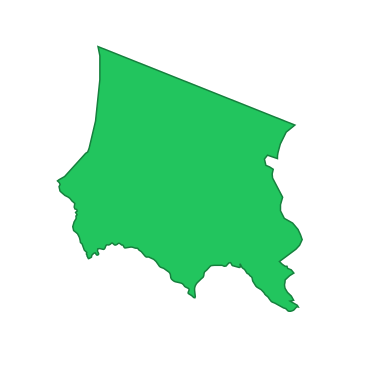 map outline of Zhambyl (Equal Earth projection), rotated 22°
{"feature_id": "KAZ-3252", "entity_name": "Zhambyl", "entity_type": "Region", "adm_level": 1, "iso_a3": "KAZ", "parent_name": "Kazakhstan", "parent_adm1": "", "projection": "equal_earth", "projection_center": [72.801, 44.147], "detail": "fine", "context": "isolated", "style": "filled", "palette": "green", "viewbox_px": 384, "rotation_deg": 22, "n_neighbors": 0, "source": "natural_earth", "source_scale": "10m", "svg_char_len": 3112}
<svg xmlns="http://www.w3.org/2000/svg" viewBox="0 0 384 384"><g transform="rotate(22 192 192)"><path d="M307.6,264.0L306.5,263.8L303.9,262.3L302.8,261.5L301.6,260.8L299.0,260.0L297.7,259.4L296.5,258.4L292.8,256.7L287.9,255.9L286.4,255.3L281.9,252.0L281.3,251.3L280.2,249.6L279.6,248.8L278.8,248.4L277.0,247.9L275.4,246.9L273.6,246.8L272.8,246.3L270.5,244.6L269.3,244.0L267.8,243.7L266.6,243.2L264.4,241.3L263.2,240.6L264.3,242.1L264.8,243.1L264.7,243.9L264.0,244.3L257.2,245.1L256.4,244.8L254.8,243.4L254.0,243.1L252.7,244.1L251.3,247.9L249.7,248.8L247.9,248.7L247.1,248.8L239.8,251.8L237.7,252.9L237.0,253.5L236.6,254.3L234.9,258.9L234.1,260.4L233.7,261.2L233.6,262.2L233.7,263.1L234.2,265.0L234.3,266.0L234.2,266.9L233.0,269.3L230.8,274.3L230.3,276.3L230.2,278.4L230.5,280.3L231.2,282.1L234.3,287.9L234.3,288.0L234.3,289.0L233.1,289.2L230.5,288.2L226.6,287.5L226.1,286.8L226.0,285.6L226.1,283.9L225.5,283.1L224.5,282.7L221.4,282.5L220.6,282.3L219.9,281.9L219.0,281.3L217.4,280.6L215.5,280.6L209.9,281.5L208.5,281.4L207.0,281.0L205.5,280.4L204.4,279.4L202.9,276.7L201.9,275.6L200.6,274.9L194.4,273.4L191.3,273.5L189.8,273.2L184.7,269.9L181.8,268.8L176.3,268.5L175.6,268.7L174.4,269.3L173.7,269.4L172.4,269.0L167.4,266.3L164.7,265.7L164.0,265.4L163.3,264.9L162.7,264.6L161.9,264.8L160.4,265.3L157.4,265.5L156.0,265.9L151.2,268.8L150.5,269.0L149.9,268.8L148.2,267.4L147.8,267.2L147.3,267.2L146.6,267.5L144.5,266.8L143.5,266.9L142.7,267.5L142.3,268.4L141.7,269.2L141.0,269.8L140.2,270.1L139.3,269.9L138.3,269.5L137.3,269.2L136.6,269.5L135.7,271.2L135.1,271.9L134.4,272.4L132.8,272.9L132.4,273.5L132.3,274.6L132.3,276.9L132.1,277.7L131.4,278.4L127.7,279.0L126.0,279.9L126.4,282.0L126.9,282.6L128.4,283.9L128.7,284.5L128.6,285.2L128.2,285.7L127.6,286.1L126.9,286.0L124.9,284.7L124.2,285.3L123.6,286.3L123.1,287.4L122.8,288.5L122.9,289.1L123.1,289.5L123.2,289.9L122.9,290.5L121.5,292.2L121.0,292.6L120.9,292.6L118.5,290.5L118.4,289.8L117.3,289.1L117.1,287.5L113.9,286.2L109.6,281.4L107.5,280.6L106.3,278.6L104.5,276.2L101.6,273.7L99.8,273.0L96.7,272.1L94.4,268.8L93.9,263.9L94.5,259.8L93.4,257.8L94.0,256.2L91.7,254.5L92.7,252.6L91.6,251.4L89.8,251.6L88.4,250.1L87.6,246.5L84.1,245.3L81.1,243.6L79.1,243.1L75.5,242.8L71.0,241.3L69.2,240.5L66.7,236.8L66.9,234.4L65.4,233.0L63.1,232.1L64.1,230.4L68.1,225.4L78.9,196.0L80.3,194.0L80.2,189.8L76.0,162.4L64.5,122.4L55.6,100.3L50.4,92.4L262.3,91.4L256.9,101.2L255.9,114.4L257.0,123.4L257.7,126.4L258.7,129.0L248.2,129.6L246.8,134.3L250.5,139.6L254.7,139.7L258.8,140.5L259.6,145.3L261.5,148.9L278.0,162.9L278.8,170.6L281.1,176.3L287.5,181.9L296.9,183.1L304.3,187.0L308.5,190.9L312.0,194.9L311.7,201.1L309.8,206.1L299.1,223.7L302.8,225.2L306.2,226.0L307.9,225.3L309.3,227.0L313.2,227.0L316.8,229.0L313.9,233.0L311.3,238.6L312.1,241.1L312.4,242.9L313.0,244.3L314.3,246.4L318.1,249.3L323.1,251.3L326.8,254.3L323.8,256.4L332.1,257.6L333.6,258.8L333.1,258.9L332.5,259.1L332.0,259.5L330.7,263.1L330.2,263.8L329.2,264.8L328.0,265.7L326.7,266.2L325.6,266.3L322.8,265.1L322.0,265.0L320.3,265.2L310.5,264.0L307.6,264.0Z" fill="#22c55e" stroke="#15803d" stroke-width="1.5"/></g></svg>